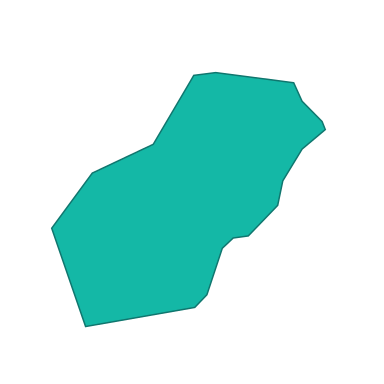 the district of Tonj East, Warrap, South Sudan, rotated 165°
{"feature_id": "79223893B19595025939095", "entity_name": "Tonj East", "entity_type": "district", "adm_level": 2, "iso_a3": "SSD", "parent_name": "South Sudan", "parent_adm1": "Warrap", "projection": "orthographic", "projection_center": [29.157, 7.837], "detail": "fine", "context": "isolated", "style": "filled", "palette": "teal", "viewbox_px": 384, "rotation_deg": 165, "n_neighbors": 0, "source": "geoboundaries", "source_scale": "gbopen_adm2", "svg_char_len": 403}
<svg xmlns="http://www.w3.org/2000/svg" viewBox="0 0 384 384"><g transform="rotate(165 192 192)"><path d="M165.4,298.9L217.1,248.1L283.4,236.1L336.9,193.3L329.6,89.6L219.2,79.8L204.2,88.9L177.3,129.8L164.1,136.9L149.0,135.0L112.7,156.9L101.4,179.3L74.5,205.0L47.1,217.8L48.1,226.4L62.2,251.2L65.5,271.2L138.2,301.2L160.1,304.2L165.4,298.9Z" fill="#14b8a6" stroke="#0f766e" stroke-width="1.5"/></g></svg>